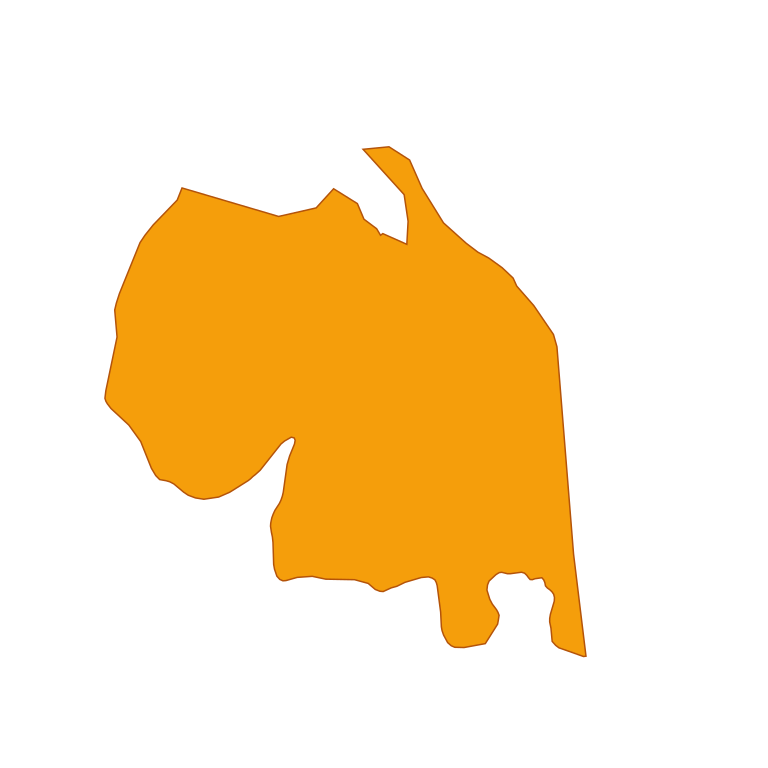 the border of Pattani, rotated 19°
{"feature_id": "THA-494", "entity_name": "Pattani", "entity_type": "Province", "adm_level": 1, "iso_a3": "THA", "parent_name": "Thailand", "parent_adm1": "", "projection": "equal_earth", "projection_center": [101.403, 6.749], "detail": "fine", "context": "isolated", "style": "filled", "palette": "amber", "viewbox_px": 768, "rotation_deg": 19, "n_neighbors": 0, "source": "natural_earth", "source_scale": "10m", "svg_char_len": 2030}
<svg xmlns="http://www.w3.org/2000/svg" viewBox="0 0 768 768"><g transform="rotate(19 384 384)"><path d="M129.2,264.4L229.8,259.9L262.5,239.6L272.8,215.8L300.1,222.1L311.4,234.7L326.5,239.6L332.3,244.5L333.9,242.2L360.1,244.5L353.8,222.3L341.4,198.4L287.8,168.9L311.5,158.1L335.3,163.9L356.3,186.6L387.8,212.3L415.7,224.1L429.9,228.8L442.1,230.8L457.9,235.6L471.6,241.8L477.6,248.2L500.1,261.1L528.1,282.0L535.4,292.5L618.6,483.1L663.6,575.6L661.4,576.7L635.3,576.5L631.4,575.2L626.8,572.6L621.3,560.4L618.1,555.0L617.0,551.7L616.3,547.5L615.7,533.9L614.7,530.4L612.9,527.6L610.5,525.8L607.9,524.6L604.9,523.7L602.4,522.3L600.8,519.5L598.8,517.2L596.3,515.8L590.1,519.0L588.0,520.7L585.8,521.3L583.7,520.1L581.3,518.4L578.5,517.1L575.3,517.2L565.3,522.2L562.4,523.2L556.6,523.7L554.4,524.8L553.1,526.3L551.8,528.0L547.5,536.1L547.3,540.3L548.4,545.3L554.1,553.1L558.0,556.8L563.9,560.8L566.1,562.8L568.1,565.2L569.0,570.1L569.6,574.1L564.3,596.5L545.5,607.1L536.6,609.9L532.8,609.6L528.4,607.8L522.1,602.0L519.2,598.3L517.3,594.9L511.8,581.2L499.9,557.3L498.1,554.7L495.9,552.6L492.7,551.8L488.8,551.9L482.3,554.8L468.4,564.7L462.0,571.1L457.2,574.4L450.8,580.5L447.6,581.3L442.6,581.1L434.0,577.7L419.9,578.6L392.4,587.5L378.8,589.2L364.9,595.1L355.3,601.8L352.5,603.0L349.1,602.7L345.3,600.6L340.8,594.8L338.4,590.5L330.6,569.9L328.2,564.8L325.9,561.0L323.0,555.4L322.2,552.4L321.9,550.3L321.5,546.9L321.6,543.0L322.0,539.0L324.0,530.9L324.4,527.3L324.4,523.2L324.0,519.2L318.6,491.7L318.2,482.8L318.9,469.9L318.3,466.1L316.6,464.2L313.6,464.5L308.6,470.2L306.1,474.3L295.0,505.8L291.8,511.6L290.1,514.2L288.7,517.0L287.1,519.5L273.4,536.5L264.5,544.7L251.2,551.6L242.8,553.1L235.1,552.9L229.8,551.5L217.8,546.9L213.3,546.2L209.4,546.4L203.0,547.4L198.0,544.9L191.5,539.4L172.7,517.6L156.1,505.9L133.9,496.1L128.9,492.8L126.7,490.9L124.8,488.4L123.2,481.0L116.3,426.5L105.3,401.7L104.6,394.7L104.4,384.6L107.3,329.7L109.6,321.1L114.0,308.7L128.6,277.4L129.2,264.4Z" fill="#f59e0b" stroke="#b45309" stroke-width="1.5"/></g></svg>